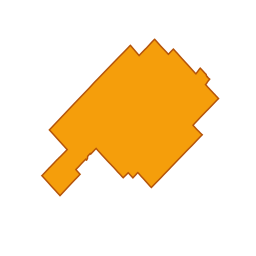 Daneti, Dolj, Romania, rotated 117°
{"feature_id": "2599482B50107441786300", "entity_name": "Daneti", "entity_type": "district", "adm_level": 2, "iso_a3": "ROU", "parent_name": "Romania", "parent_adm1": "Dolj", "projection": "robinson", "projection_center": [24.066, 43.939], "detail": "fine", "context": "isolated", "style": "filled", "palette": "amber", "viewbox_px": 256, "rotation_deg": 117, "n_neighbors": 0, "source": "geoboundaries", "source_scale": "gbopen_adm2", "svg_char_len": 3508}
<svg xmlns="http://www.w3.org/2000/svg" viewBox="0 0 256 256"><g transform="rotate(117 128 128)"><path d="M209.6,183.1L209.7,182.7L210.5,180.6L213.0,174.0L214.4,170.5L215.6,167.3L216.9,163.7L217.5,162.2L218.2,160.3L218.4,159.7L219.1,157.9L218.2,157.6L212.6,156.0L209.4,155.1L207.3,154.5L204.9,153.8L202.1,153.0L201.1,152.7L198.4,151.9L196.5,151.3L195.6,151.0L194.5,150.7L193.3,150.3L191.9,150.0L191.0,149.7L189.0,154.9L188.7,155.6L184.5,154.3L180.8,153.3L176.2,151.9L175.0,151.5L175.5,150.6L175.5,150.4L175.3,150.3L174.3,150.3L173.7,150.3L173.1,150.4L172.8,150.6L172.4,150.8L172.1,150.9L171.5,151.0L170.9,151.0L170.8,150.9L170.0,150.7L167.9,150.1L168.2,149.4L167.3,149.1L165.9,148.7L164.3,148.2L163.1,147.9L161.5,147.4L160.7,147.1L160.8,146.8L160.9,146.6L161.4,145.4L162.7,142.0L164.2,138.1L164.4,137.5L166.2,132.6L166.7,131.3L167.6,128.7L168.2,126.9L169.2,124.1L169.4,123.4L171.3,118.5L171.7,117.6L172.1,116.4L172.3,115.8L172.7,114.6L173.2,113.2L173.9,111.5L174.5,109.7L173.9,109.5L169.8,108.1L167.8,107.5L167.9,107.2L169.9,101.8L170.2,101.0L166.4,99.9L164.4,99.4L163.3,99.0L164.1,96.8L165.4,93.5L165.6,92.8L166.7,89.9L167.2,88.7L168.5,85.3L169.7,82.3L170.4,80.2L169.2,79.8L164.0,78.2L162.7,77.8L160.5,77.1L157.0,76.0L153.5,75.0L146.1,72.7L142.6,71.7L141.7,71.4L140.7,71.1L137.7,70.2L134.0,69.1L127.9,67.2L122.5,65.6L119.6,64.7L114.1,62.9L110.0,61.7L107.9,61.1L104.9,60.2L102.9,59.6L101.6,59.2L100.9,58.9L100.3,58.8L100.2,59.4L100.1,59.8L99.6,61.4L99.2,62.5L98.9,63.3L98.5,64.7L98.0,66.2L96.1,71.3L95.9,71.3L95.5,71.2L94.8,71.0L93.3,70.6L91.7,70.1L86.0,68.5L77.5,65.9L75.1,65.1L71.8,64.1L69.2,63.3L63.1,61.5L60.7,60.7L60.1,62.2L59.3,64.6L58.7,66.0L58.4,67.1L57.6,69.2L56.5,72.4L56.0,73.6L55.4,75.4L55.1,76.1L54.9,76.6L54.5,77.5L54.1,78.6L53.3,78.4L52.8,78.2L52.2,78.2L51.5,78.2L50.2,78.0L48.7,77.7L47.8,77.4L47.4,77.4L47.3,77.9L47.0,79.0L46.8,79.9L46.7,80.2L45.9,80.1L46.2,80.2L46.2,80.3L46.3,80.6L46.2,81.1L46.2,81.3L46.0,81.6L45.8,81.8L45.6,81.9L45.4,82.3L45.0,82.5L44.9,82.6L44.7,82.9L44.3,84.2L43.5,86.3L42.6,88.7L41.9,90.8L43.5,91.2L45.7,91.5L47.4,91.8L48.9,92.1L48.6,93.1L47.5,96.0L46.4,98.9L44.6,103.5L43.1,107.6L41.5,111.9L40.2,115.2L39.6,116.7L39.1,117.9L38.4,119.9L37.4,122.5L37.2,123.1L37.1,123.4L39.9,124.3L44.0,125.5L42.7,128.9L40.2,136.0L38.2,141.0L36.9,144.4L36.9,144.6L41.1,145.9L44.5,146.8L48.5,147.9L50.1,148.5L56.6,150.5L58.4,151.0L57.7,152.7L53.5,162.8L53.3,163.4L54.7,163.9L55.2,164.0L56.2,164.3L59.8,165.4L62.4,166.2L69.2,168.4L86.2,173.6L87.8,174.1L99.0,177.5L101.1,178.2L103.8,179.0L110.4,180.8L116.3,182.6L130.1,186.8L165.4,197.2L167.4,191.9L170.0,185.2L174.3,173.9L174.8,172.4L175.3,172.5L175.7,172.6L176.1,172.8L176.6,172.9L177.0,173.0L177.4,173.1L177.8,173.3L178.2,173.4L178.6,173.5L179.1,173.7L179.5,173.8L179.9,173.9L180.4,174.1L180.8,174.2L181.2,174.4L181.7,174.5L182.1,174.6L182.7,174.8L183.3,175.0L183.9,175.2L184.6,175.4L185.2,175.7L185.9,175.9L186.5,176.1L187.2,176.3L187.8,176.5L188.5,176.8L188.8,176.9L189.1,176.9L189.6,177.1L190.2,177.3L190.9,177.5L191.5,177.7L192.1,177.8L192.5,177.9L192.7,178.0L192.8,178.1L193.0,178.1L193.4,178.2L193.8,178.4L194.3,178.5L194.8,178.6L195.2,178.8L195.6,178.9L196.0,179.0L196.7,179.2L197.2,179.4L197.7,179.5L198.3,179.7L198.5,179.8L198.8,179.9L199.4,180.1L200.0,180.3L200.6,180.4L201.2,180.6L201.8,180.8L202.3,180.9L202.9,181.1L203.5,181.3L204.1,181.4L204.7,181.6L205.3,181.8L205.9,182.0L206.5,182.1L207.0,182.3L207.6,182.5L208.2,182.6L208.5,182.7L209.0,182.9L209.6,183.1Z" fill="#f59e0b" stroke="#b45309" stroke-width="1.5"/></g></svg>